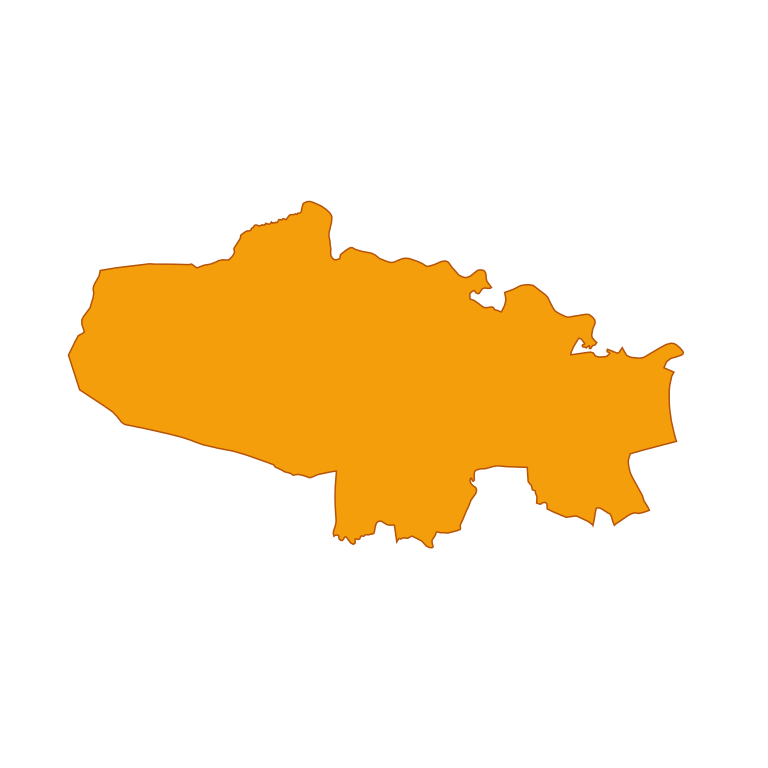 outline of Ninh Phuoc, Ninh Thuận, Vietnam, rotated 345°
{"feature_id": "81297802B18401806223645", "entity_name": "Ninh Phuoc", "entity_type": "district", "adm_level": 2, "iso_a3": "VNM", "parent_name": "Vietnam", "parent_adm1": "Ninh Thuận", "projection": "orthographic", "projection_center": [108.902, 11.561], "detail": "fine", "context": "isolated", "style": "filled", "palette": "amber", "viewbox_px": 768, "rotation_deg": 345, "n_neighbors": 0, "source": "geoboundaries", "source_scale": "gbopen_adm2", "svg_char_len": 6156}
<svg xmlns="http://www.w3.org/2000/svg" viewBox="0 0 768 768"><g transform="rotate(345 384 384)"><path d="M481.6,292.2L479.9,289.1L477.9,283.5L476.3,281.8L475.2,281.1L472.8,280.7L470.6,280.6L463.4,281.7L458.1,281.8L456.1,281.5L455.0,280.8L452.4,277.8L448.0,274.2L440.7,269.3L437.8,268.2L434.7,267.7L430.1,268.1L425.1,268.9L422.3,268.5L419.3,266.9L412.2,261.7L408.8,257.0L405.5,254.2L397.6,250.5L391.3,246.7L388.6,244.0L387.1,243.7L385.5,243.8L381.6,245.1L376.8,247.2L375.4,247.9L374.1,250.7L373.3,251.6L369.5,251.6L368.0,250.8L366.6,248.9L366.0,246.3L366.3,243.8L367.6,239.7L368.1,235.5L368.9,231.2L369.0,227.5L370.0,223.8L375.3,213.9L376.9,209.0L376.6,206.7L375.9,204.6L373.3,200.4L369.3,195.7L362.8,190.4L359.9,188.6L356.9,187.9L352.7,188.7L350.3,192.7L348.9,195.7L348.0,196.8L346.6,197.0L344.6,196.8L344.1,197.6L343.4,197.5L342.5,196.7L340.7,197.0L337.6,196.3L336.3,196.5L332.0,199.8L331.5,199.7L329.7,198.3L329.1,198.2L328.0,198.8L327.1,198.9L325.7,198.2L325.1,198.0L324.5,198.4L323.3,200.0L322.5,200.4L321.4,199.7L320.8,199.8L320.4,200.2L318.6,199.6L317.7,199.8L317.4,199.5L317.5,199.0L317.3,198.4L315.4,199.9L314.0,199.8L311.6,198.3L311.5,198.9L310.6,199.2L309.9,198.9L309.0,199.7L307.9,198.9L307.3,198.7L305.0,199.2L304.3,199.1L302.3,197.6L300.6,197.1L300.0,197.3L297.8,199.2L296.8,199.1L296.2,199.5L295.0,201.1L293.1,201.2L291.5,200.7L289.1,201.2L284.9,202.8L283.9,203.5L283.5,204.9L282.5,206.5L274.1,214.2L273.7,218.1L272.0,220.2L269.4,222.2L266.1,223.9L263.9,223.5L260.4,222.3L256.3,222.0L253.1,222.7L247.9,223.3L240.6,222.7L234.6,223.4L232.9,223.1L229.7,218.9L228.9,218.3L226.4,218.2L210.2,213.4L193.3,208.8L188.7,207.2L155.7,202.5L139.3,200.9L136.8,205.9L130.5,212.2L128.3,215.3L127.4,217.7L127.4,220.1L127.1,221.2L125.5,225.0L119.8,234.3L111.3,241.0L109.0,243.4L108.4,244.8L107.6,248.4L108.1,256.1L105.4,257.3L101.3,258.1L97.1,262.5L86.7,274.4L88.5,310.8L108.0,332.8L114.8,340.9L117.8,346.4L120.4,352.6L122.2,355.0L123.7,356.3L139.1,363.9L162.4,376.1L174.4,382.8L182.4,388.0L186.6,391.1L193.4,395.8L207.1,403.1L220.7,409.7L232.1,416.6L248.5,427.8L256.7,433.6L257.1,435.5L258.6,437.1L262.5,440.2L265.0,442.9L270.7,446.2L272.5,448.5L277.5,449.1L280.5,450.5L283.8,452.4L287.3,454.9L288.5,455.4L291.3,455.2L296.3,454.4L305.6,454.8L313.2,455.4L315.5,455.9L310.2,471.1L307.4,480.6L305.3,489.2L302.5,503.1L301.6,505.9L299.5,509.6L297.3,512.8L296.3,515.2L296.2,518.1L298.1,517.5L299.3,517.7L300.5,518.5L300.9,519.3L300.5,521.8L300.8,522.6L301.7,523.8L303.2,524.4L304.6,523.5L306.4,521.7L307.4,521.7L308.0,522.2L310.6,528.8L312.8,530.9L313.2,530.6L314.5,530.6L315.1,529.8L315.8,526.6L316.3,526.2L318.9,527.5L320.4,527.4L322.2,525.1L323.1,525.0L324.8,525.8L325.9,525.5L326.3,525.1L327.5,524.9L330.3,525.8L332.5,525.5L334.1,526.0L335.6,525.6L336.7,523.8L338.8,519.1L339.7,518.1L340.1,517.0L342.0,515.5L344.5,515.2L346.1,516.1L350.6,520.7L352.9,521.8L357.1,522.8L357.5,523.1L355.5,539.8L357.9,537.5L358.6,537.3L359.2,537.4L359.7,538.0L360.4,538.1L361.9,537.6L362.8,537.7L363.9,537.9L366.0,538.9L367.4,539.1L370.4,538.2L372.0,538.4L379.9,545.5L381.5,548.7L383.0,551.5L385.4,553.7L388.1,554.6L389.0,554.3L389.4,553.5L389.3,550.9L389.7,548.3L390.2,547.1L394.5,543.3L396.1,540.7L396.7,540.7L397.8,540.9L399.8,542.2L403.8,543.3L407.0,544.5L413.5,544.6L417.7,544.5L419.8,544.2L420.4,543.7L421.1,540.2L421.5,539.5L424.6,535.9L431.2,527.3L432.8,525.7L438.0,518.7L444.1,513.7L445.5,511.6L446.1,509.3L445.8,507.9L443.4,504.8L442.4,503.0L442.0,500.2L442.2,499.1L443.2,497.6L443.6,497.5L444.0,497.7L444.2,498.1L444.3,500.0L444.6,500.7L445.2,501.0L446.2,500.4L446.8,498.8L447.1,496.6L448.4,492.9L449.2,491.6L451.5,491.0L453.5,490.9L456.2,491.1L459.6,492.0L468.8,492.0L472.7,492.5L481.1,495.6L500.8,501.6L498.0,515.5L498.8,517.7L500.1,520.1L499.9,524.3L500.2,524.8L502.5,526.4L502.1,528.8L502.6,532.4L500.6,538.5L502.9,540.1L504.2,540.6L505.0,540.4L505.9,539.8L508.7,540.0L509.8,540.8L510.2,541.7L510.0,543.9L509.3,546.9L514.7,551.6L525.4,559.9L534.4,561.0L536.0,561.5L545.4,569.4L548.0,572.5L549.1,574.1L549.2,574.7L551.8,569.7L555.3,561.9L557.0,558.8L557.4,558.7L560.2,559.6L562.1,561.2L567.1,566.7L568.1,567.5L568.8,568.3L569.3,570.9L569.4,575.8L569.9,580.1L571.6,579.2L583.0,575.2L586.6,574.0L589.5,573.4L592.1,573.3L593.3,573.5L596.3,574.9L600.2,575.2L607.6,574.7L607.2,572.1L606.4,569.0L605.0,564.6L604.8,563.1L604.7,558.6L599.6,537.8L598.9,533.3L599.0,528.3L599.2,526.3L599.7,522.5L600.6,520.3L603.8,515.1L617.7,514.9L651.7,515.1L651.5,512.7L651.5,505.9L652.0,493.9L653.5,482.0L654.5,476.8L657.5,465.2L659.5,459.6L664.0,450.8L667.1,447.6L658.6,440.8L662.7,435.6L667.8,433.5L673.2,433.5L679.0,433.0L680.5,432.4L681.3,430.9L680.8,429.0L679.1,425.5L676.7,422.0L674.7,420.1L672.0,418.9L666.7,418.9L659.5,420.6L642.0,425.5L637.8,425.3L630.7,422.7L628.1,421.2L626.2,419.6L625.3,417.7L623.5,410.6L618.9,414.5L617.3,414.6L608.9,408.3L608.2,409.1L607.9,410.6L609.6,411.9L610.0,412.8L609.4,413.3L606.3,414.9L603.4,414.7L598.3,413.5L595.5,411.7L594.1,408.0L591.7,406.7L588.3,406.1L572.1,404.2L572.0,403.8L573.4,401.2L577.1,396.7L584.0,390.1L584.5,390.3L586.4,392.0L588.3,396.9L588.0,397.5L586.1,397.5L585.5,398.0L585.5,399.4L585.7,399.6L587.8,400.5L588.7,401.5L590.0,400.7L591.0,400.4L592.3,400.3L592.4,400.8L591.6,402.6L592.4,403.2L592.9,403.2L593.3,403.0L595.2,401.0L595.6,400.9L597.4,401.0L598.2,400.8L600.3,399.0L599.1,397.4L597.1,393.2L597.3,390.4L599.8,385.0L603.6,380.0L604.2,376.9L602.8,373.4L600.0,369.9L596.8,368.9L578.9,367.1L576.5,365.6L572.3,362.1L568.3,358.0L567.0,354.4L565.4,347.4L564.7,343.0L563.1,339.8L553.7,327.5L551.6,326.4L549.3,325.5L545.5,324.7L541.5,324.3L533.0,326.1L524.2,326.8L523.9,331.3L523.4,334.6L520.7,339.5L516.0,344.8L512.7,342.4L510.1,340.8L509.5,338.5L508.9,337.9L507.8,337.4L504.1,337.0L500.9,336.3L499.0,334.5L492.9,326.8L489.1,324.2L490.3,318.8L493.1,317.4L494.5,317.0L495.3,317.1L495.8,317.8L496.3,319.7L498.2,321.2L499.5,321.0L503.2,317.7L504.7,317.3L506.4,317.4L508.7,318.4L511.5,319.0L512.8,318.6L510.0,311.5L510.1,307.9L510.9,304.5L510.7,302.0L509.7,300.1L507.6,299.0L505.4,298.5L503.6,298.5L495.4,302.1L492.6,302.5L490.4,302.4L487.9,301.1L484.6,298.4L481.6,292.2Z" fill="#f59e0b" stroke="#b45309" stroke-width="1.5"/></g></svg>